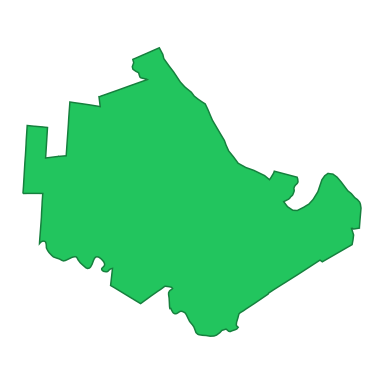 outline of Suraia, Vrancea, Romania
{"feature_id": "2599482B76936069703024", "entity_name": "Suraia", "entity_type": "district", "adm_level": 2, "iso_a3": "ROU", "parent_name": "Romania", "parent_adm1": "Vrancea", "projection": "equal_earth", "projection_center": [27.376, 45.674], "detail": "fine", "context": "isolated", "style": "filled", "palette": "green", "viewbox_px": 384, "rotation_deg": 0, "n_neighbors": 0, "source": "geoboundaries", "source_scale": "gbopen_adm2", "svg_char_len": 4001}
<svg xmlns="http://www.w3.org/2000/svg" viewBox="0 0 384 384"><path d="M359.4,228.1L359.4,227.6L359.5,226.2L360.0,219.8L360.4,215.3L361.0,208.1L360.4,204.2L360.0,203.1L359.6,202.1L357.4,199.6L354.8,197.7L351.3,193.6L347.8,190.8L341.1,181.9L337.0,177.1L332.9,174.1L330.3,173.8L328.0,173.4L324.7,175.8L321.9,179.8L317.9,191.7L313.1,199.5L308.8,204.2L306.5,205.5L304.0,207.1L297.3,210.5L292.8,210.3L287.5,206.7L283.7,201.7L288.7,199.1L289.4,198.5L290.1,197.7L290.6,196.9L291.2,196.4L292.5,195.2L293.0,194.2L293.7,192.4L294.1,191.2L294.2,190.4L294.1,189.6L293.9,189.0L293.9,188.4L294.2,187.3L294.4,186.7L294.9,185.9L295.6,185.0L296.6,184.1L297.4,183.2L298.0,181.9L297.7,179.0L297.1,177.2L274.3,171.2L273.8,172.7L273.0,174.2L272.2,175.5L270.9,177.7L269.5,179.7L264.6,175.6L253.9,170.4L245.8,167.5L238.2,163.3L233.5,156.9L228.7,151.0L226.0,145.0L224.4,140.5L220.1,133.3L212.4,120.2L210.2,115.1L208.3,110.5L207.3,108.3L205.2,103.9L202.8,102.4L201.0,101.2L200.0,100.5L198.0,99.1L197.6,98.8L196.1,97.6L194.3,96.2L193.9,95.7L191.3,92.2L187.3,89.0L184.8,86.9L180.3,82.0L173.6,71.9L169.0,65.9L163.8,58.6L162.8,54.4L160.5,50.1L159.3,47.8L132.8,59.4L133.1,60.6L133.5,61.8L133.6,62.3L133.7,62.8L132.3,66.7L132.6,68.0L132.9,69.2L134.1,70.1L136.0,71.4L137.2,72.0L138.0,72.4L138.6,72.8L138.8,73.4L139.0,74.1L139.1,74.5L139.9,77.0L140.8,77.8L141.9,78.1L144.2,78.6L146.4,79.1L147.3,79.6L130.4,85.6L117.7,90.2L101.2,96.0L99.7,96.7L99.0,96.7L100.2,106.6L94.7,105.7L89.2,104.8L81.7,103.7L73.8,102.6L69.9,102.0L68.7,118.7L68.4,124.2L67.7,134.1L67.0,144.0L66.2,155.8L65.4,155.9L64.6,155.9L63.4,156.0L61.2,156.2L59.9,156.3L59.3,156.4L59.0,156.3L58.8,156.3L58.5,156.2L58.2,156.3L57.6,156.6L56.8,156.6L55.2,156.8L48.9,157.6L45.6,158.0L47.5,127.5L47.0,127.4L45.5,127.3L44.7,127.2L43.1,127.0L42.3,126.9L42.0,126.9L35.3,126.3L34.8,126.3L31.8,126.0L28.2,125.6L27.2,125.5L27.1,127.1L26.2,141.0L26.1,143.8L25.4,155.9L25.3,156.9L24.9,162.3L24.5,169.1L23.9,179.3L23.5,186.1L23.0,192.9L23.6,193.5L27.2,193.4L39.0,193.4L42.8,193.5L42.7,194.3L42.2,201.6L42.0,205.9L41.6,212.3L41.4,217.5L40.3,232.2L39.7,239.9L39.6,241.5L39.5,243.6L40.6,242.3L41.8,241.5L42.6,241.2L43.3,241.1L44.0,241.2L45.0,241.5L45.5,241.9L45.9,243.0L46.2,244.3L46.3,245.6L46.4,247.9L47.1,249.4L47.8,250.7L48.0,251.0L48.9,252.3L49.1,252.6L50.6,254.2L51.6,255.3L53.4,256.9L56.4,258.0L59.5,259.0L62.0,260.4L63.5,260.9L65.4,260.5L66.9,259.8L68.8,258.9L71.9,257.4L73.3,257.0L75.0,256.7L76.2,256.9L76.8,257.5L77.6,258.8L78.1,259.9L80.3,262.8L82.8,265.1L85.9,267.8L87.6,268.5L89.5,268.0L90.6,266.9L92.1,264.2L93.5,260.4L94.3,258.7L95.1,257.6L96.1,256.9L97.0,256.8L98.4,257.0L99.6,257.7L101.4,259.1L103.0,260.9L103.9,262.1L104.5,263.6L104.6,264.9L104.2,265.9L103.0,267.2L101.9,268.3L101.7,268.7L101.7,269.5L102.2,270.4L103.0,271.0L103.8,271.4L106.2,271.8L107.4,271.6L108.0,271.2L109.1,270.0L110.5,268.9L112.5,268.4L110.6,285.5L114.1,287.5L135.9,300.8L140.6,303.6L151.3,295.8L158.0,291.1L160.5,289.5L164.0,286.9L165.0,286.2L169.0,286.7L171.0,287.1L171.8,287.5L172.6,288.6L171.9,289.2L170.4,290.2L169.5,291.0L168.6,292.8L168.6,294.7L169.1,298.0L169.3,301.3L169.5,305.5L169.6,307.1L169.9,308.6L170.8,308.4L171.4,309.8L172.5,311.8L173.2,312.8L174.2,313.5L175.1,313.8L176.6,313.6L177.6,313.0L179.0,312.1L179.7,311.6L180.7,311.3L181.9,311.3L183.6,312.0L185.1,312.9L186.2,314.5L187.3,316.7L188.1,318.4L189.6,321.4L190.8,322.9L192.5,324.9L193.9,327.0L194.9,329.6L196.0,332.6L197.7,334.2L198.9,334.7L202.6,335.3L206.1,335.5L210.2,336.2L214.0,336.0L216.5,335.1L219.9,332.6L221.9,330.4L226.0,329.1L227.0,329.8L228.6,331.2L230.1,331.6L232.0,330.8L235.0,329.8L236.8,329.0L238.2,327.3L236.5,325.7L236.3,324.7L236.6,322.1L237.9,317.9L238.9,314.0L240.2,312.7L243.4,310.8L246.1,308.9L254.5,303.4L263.6,297.2L268.1,294.1L268.6,293.1L273.4,289.9L279.1,286.3L299.1,273.7L310.2,266.5L320.0,260.1L322.3,261.8L352.1,244.6L353.0,239.8L353.6,235.0L352.1,230.2L351.5,228.4L352.0,228.3L352.6,228.4L353.3,229.0L353.6,229.0L355.1,228.8L359.4,228.1Z" fill="#22c55e" stroke="#15803d" stroke-width="1.5"/></svg>